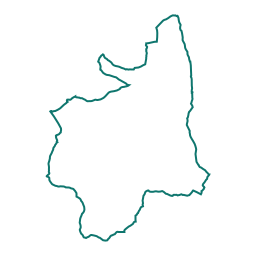 the district of Bazna, Sibiu, Romania
{"feature_id": "2599482B54084390752294", "entity_name": "Bazna", "entity_type": "district", "adm_level": 2, "iso_a3": "ROU", "parent_name": "Romania", "parent_adm1": "Sibiu", "projection": "robinson", "projection_center": [24.243, 46.214], "detail": "fine", "context": "isolated", "style": "outline", "palette": "teal", "viewbox_px": 256, "rotation_deg": 0, "n_neighbors": 0, "source": "geoboundaries", "source_scale": "gbopen_adm2", "svg_char_len": 5742}
<svg xmlns="http://www.w3.org/2000/svg" viewBox="0 0 256 256"><path d="M107.1,240.4L107.5,240.1L108.0,239.2L109.2,238.1L109.9,237.1L110.2,236.5L111.3,235.5L112.6,235.2L112.9,234.9L114.1,234.4L114.8,234.2L115.5,233.3L116.6,232.1L117.1,231.9L117.7,231.8L118.6,232.0L124.4,232.0L124.3,231.0L124.4,230.4L124.9,229.7L126.4,228.4L128.8,226.5L130.4,225.7L132.8,224.0L133.2,223.5L133.6,222.6L134.1,222.0L134.8,221.7L135.7,221.6L135.5,220.1L135.5,215.6L136.7,214.8L137.4,213.4L137.6,213.2L138.0,213.1L138.5,211.8L139.0,210.8L139.7,209.9L140.5,208.0L140.9,207.3L141.7,206.8L143.0,206.3L142.6,204.4L143.0,203.3L142.6,200.6L143.2,197.4L143.5,195.7L144.5,194.4L145.3,192.1L146.0,191.4L147.5,190.6L148.5,190.5L149.3,191.4L149.8,191.6L150.9,191.8L153.1,191.8L155.4,191.3L156.1,191.3L158.3,191.7L159.8,191.6L160.6,191.5L162.0,191.1L162.4,191.1L164.0,192.1L165.7,193.6L166.3,193.9L167.0,193.9L170.3,195.5L171.9,195.9L172.6,195.9L173.2,195.1L173.8,194.8L175.5,194.9L176.6,194.8L177.6,195.4L179.4,195.0L181.3,194.3L182.9,195.0L183.7,194.9L187.2,195.7L188.5,195.3L189.4,195.1L189.9,194.4L190.3,194.1L192.1,192.0L192.9,190.6L193.2,190.5L196.9,192.2L200.9,194.3L201.4,193.3L201.6,192.4L201.5,191.1L202.1,190.8L203.9,188.8L203.9,188.2L204.4,187.6L204.1,186.9L203.1,186.0L202.7,185.2L203.2,183.9L204.6,182.2L206.1,179.8L207.1,178.9L207.3,177.4L207.4,177.0L209.2,174.8L209.3,174.5L208.8,174.5L207.4,172.8L206.4,171.9L205.2,170.3L202.5,168.6L201.4,167.7L199.7,167.0L198.8,165.6L198.8,165.2L198.3,164.8L198.0,164.3L196.5,161.8L195.5,154.0L196.2,149.5L196.0,148.2L195.3,145.7L194.6,143.8L193.0,140.9L191.8,139.0L190.6,136.8L190.1,135.4L190.0,134.9L190.0,134.3L189.6,132.4L189.7,130.9L186.8,125.0L186.9,124.0L187.6,121.0L187.3,118.5L187.2,118.3L187.4,118.1L187.9,117.2L188.4,114.9L188.6,113.3L188.7,113.2L188.9,112.5L189.1,112.2L189.1,111.9L190.1,110.9L192.7,107.2L192.2,105.5L191.0,103.7L191.4,102.8L191.8,101.1L192.3,99.8L192.5,98.8L192.3,97.6L192.2,93.3L191.9,93.3L191.7,93.0L191.8,92.7L192.4,92.1L191.7,91.5L191.8,90.0L192.0,89.1L192.1,88.2L191.8,85.7L191.7,79.2L191.4,77.7L191.0,77.1L190.9,76.7L190.9,76.1L191.2,75.8L191.2,75.4L190.8,65.4L190.3,61.6L189.9,61.6L189.3,59.7L188.9,57.3L188.7,56.8L187.9,55.4L187.5,54.3L187.4,51.8L185.9,49.5L185.3,48.2L185.1,47.4L184.9,45.5L184.6,44.0L182.9,40.8L182.6,40.1L182.7,37.3L182.1,33.5L181.5,30.9L180.6,30.1L180.1,28.5L180.2,26.6L180.5,25.5L180.6,24.9L180.4,24.4L179.3,22.5L178.8,20.4L178.5,18.0L178.0,16.9L177.8,16.2L177.4,15.8L176.5,16.1L175.8,15.6L175.4,15.4L174.3,15.5L173.7,15.4L172.6,15.4L170.5,16.4L168.2,18.1L167.0,18.8L166.2,19.3L164.3,19.9L163.1,20.6L156.3,27.7L157.1,30.4L157.3,33.0L157.2,37.3L156.8,41.7L154.5,41.8L148.7,43.1L146.3,43.4L146.4,43.7L146.2,44.2L145.9,45.1L146.0,45.5L147.1,46.7L147.1,47.1L146.8,48.2L146.4,48.6L146.4,49.1L146.2,49.5L146.4,50.2L146.2,50.7L146.2,51.1L146.7,52.6L146.8,53.4L146.6,53.9L146.5,54.9L146.3,55.6L146.4,56.6L146.2,57.3L146.2,58.8L145.2,64.3L142.8,65.4L141.0,66.5L138.5,67.5L134.7,67.9L133.7,69.5L129.4,69.4L128.6,69.6L126.7,69.2L125.8,69.5L124.0,68.6L121.7,67.9L119.3,66.8L117.8,66.4L115.7,66.0L114.3,65.5L113.5,65.1L112.5,64.2L111.5,62.7L111.0,62.2L109.0,60.7L107.8,60.1L106.9,59.0L105.8,58.4L105.0,57.9L104.3,56.8L103.8,55.5L103.6,54.9L102.9,54.4L102.4,54.9L101.3,55.6L100.2,57.2L99.6,57.7L98.2,61.7L98.9,62.3L99.4,62.8L100.4,65.6L100.6,66.6L100.3,69.4L100.4,69.8L101.2,70.2L103.1,72.8L103.9,73.4L104.6,73.7L105.3,74.3L106.9,74.9L109.3,75.2L114.3,76.9L116.0,77.3L116.9,77.9L118.7,79.4L125.9,83.4L127.1,84.6L128.2,85.0L129.0,85.1L128.2,85.7L126.6,86.3L125.4,86.5L124.4,86.8L122.1,87.1L121.2,87.5L120.6,87.8L120.1,88.4L120.0,88.8L119.7,89.0L118.9,89.5L116.8,90.5L113.9,91.2L111.1,91.6L109.5,92.1L108.6,92.7L105.4,96.2L104.1,97.4L103.3,98.0L100.6,99.4L97.7,100.0L97.0,100.0L95.5,99.7L94.6,99.9L93.8,100.3L92.9,100.6L92.2,100.9L91.2,101.1L87.4,101.2L86.7,100.9L84.7,99.5L83.8,99.2L82.6,98.5L82.0,98.2L80.5,98.2L79.2,97.6L78.3,97.6L77.6,97.4L76.3,97.3L75.5,96.8L75.3,96.6L75.3,96.4L74.5,96.9L73.7,97.2L71.9,98.4L71.4,99.0L70.6,99.6L70.0,99.8L68.9,99.6L68.6,99.7L67.9,99.6L67.2,99.7L66.9,100.3L67.1,100.7L67.0,101.5L67.2,101.8L67.5,102.0L66.9,102.4L66.4,102.8L66.3,103.1L65.1,103.9L63.8,104.9L60.3,108.2L59.4,108.8L57.9,109.7L55.3,111.0L53.9,111.1L52.0,111.8L51.7,111.8L51.6,111.5L51.8,111.2L51.5,111.0L50.7,111.1L50.3,111.4L53.9,116.4L58.3,123.4L60.9,128.2L61.0,128.5L61.0,128.9L61.1,130.0L60.8,131.5L60.8,132.2L60.7,132.5L60.1,132.9L59.2,134.0L58.5,134.5L56.9,135.0L56.3,135.3L55.9,135.7L55.9,136.1L56.2,136.6L56.0,137.2L56.3,138.3L57.2,140.3L56.7,141.8L56.8,142.3L57.1,142.4L56.6,142.8L56.1,143.8L55.3,144.7L54.7,146.2L53.6,147.6L53.3,148.3L53.2,149.5L52.1,151.9L51.7,153.0L50.2,155.8L49.9,157.1L49.9,158.3L49.4,160.5L48.6,163.0L48.5,163.9L48.9,166.2L49.0,167.9L48.9,169.1L49.0,170.3L48.8,171.9L49.3,173.0L49.3,173.5L49.1,173.9L46.9,175.9L46.7,176.2L46.8,176.4L46.9,176.5L47.7,176.7L48.8,177.3L49.1,177.6L49.3,178.0L49.3,179.2L49.5,180.4L50.3,181.7L51.9,183.9L52.5,184.4L55.4,185.8L56.7,186.0L58.1,186.5L59.4,186.5L60.3,186.3L63.8,186.5L64.7,186.8L65.8,187.4L68.7,187.5L69.8,187.7L70.9,188.3L73.0,188.8L73.6,189.2L74.3,190.1L74.9,190.7L76.4,193.0L76.5,193.8L76.5,196.6L78.4,197.6L80.0,198.7L80.6,199.5L81.2,201.0L81.8,201.6L82.5,202.6L83.6,205.5L84.1,206.6L84.3,208.1L84.4,209.7L84.2,210.6L83.8,211.7L82.9,213.0L82.1,213.7L81.4,215.7L80.6,217.5L80.2,218.8L79.7,222.8L80.4,224.8L80.6,225.7L80.7,227.2L80.6,227.8L79.8,229.7L79.9,230.4L80.3,231.7L81.2,233.7L82.4,234.7L83.2,236.1L83.3,236.5L83.5,236.9L83.8,237.3L84.1,237.5L85.2,237.6L86.0,238.0L86.5,237.8L87.1,237.3L88.6,236.8L89.0,236.5L89.8,235.7L90.2,235.5L91.0,235.0L91.6,235.0L93.7,235.4L96.1,236.0L97.3,236.5L98.5,237.4L99.9,237.8L103.0,240.2L105.3,240.6L107.1,240.4Z" fill="none" stroke="#0f766e" stroke-width="2"/></svg>